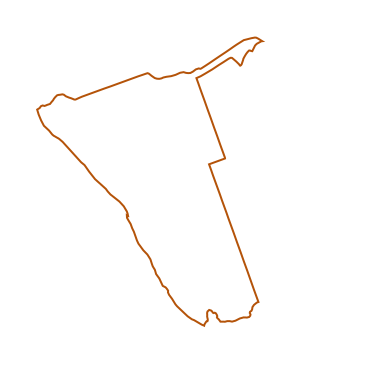 outline of Namibia, rotated 340°
{"feature_id": "NAM", "entity_name": "Namibia", "entity_type": "country or territory", "adm_level": 0, "iso_a3": "NAM", "parent_name": "Africa", "parent_adm1": "", "projection": "equal_earth", "projection_center": [18.141, -22.953], "detail": "fine", "context": "isolated", "style": "outline", "palette": "amber", "viewbox_px": 384, "rotation_deg": 340, "n_neighbors": 0, "source": "natural_earth", "source_scale": "50m", "svg_char_len": 2850}
<svg xmlns="http://www.w3.org/2000/svg" viewBox="0 0 384 384"><g transform="rotate(340 192 192)"><path d="M277.0,70.7L280.7,69.7L284.3,68.8L288.4,67.9L291.7,67.2L292.6,67.0L300.5,67.8L304.0,68.4L305.2,69.0L306.7,70.6L309.6,74.3L308.8,74.1L303.5,74.9L301.4,75.9L296.8,80.3L295.9,79.8L294.8,78.8L293.9,78.6L291.9,79.6L289.9,80.9L287.7,82.7L285.8,84.4L285.2,85.4L282.3,89.0L281.4,89.6L280.6,89.8L280.3,89.6L279.9,88.1L278.2,84.5L275.5,79.7L274.7,79.3L274.1,79.1L272.0,79.3L266.0,80.7L260.9,81.8L253.1,83.7L244.7,85.3L239.6,86.2L235.1,86.5L235.1,91.2L235.0,100.7L235.0,110.2L234.9,119.7L234.9,129.1L234.8,138.5L234.8,148.0L234.7,157.4L234.7,166.8L234.7,170.9L234.5,171.8L232.0,171.8L226.2,171.8L221.4,171.8L217.5,171.8L217.5,177.3L217.4,183.9L217.4,190.5L217.4,197.1L217.4,203.6L217.3,210.2L217.3,216.7L217.3,223.3L217.2,229.8L217.2,234.7L217.2,235.3L217.2,244.8L217.1,254.9L217.1,265.0L217.0,275.0L217.0,285.0L216.9,295.0L216.8,305.0L216.8,315.0L216.8,318.1L215.1,318.1L211.6,319.3L209.4,320.9L208.4,322.8L207.2,324.0L205.6,324.4L204.9,325.4L205.1,327.0L204.4,328.2L203.0,329.0L200.8,328.8L197.6,327.5L193.7,327.2L188.8,327.8L185.3,327.5L183.2,326.2L181.0,325.4L178.6,325.2L177.2,324.6L174.4,323.6L173.9,321.9L173.5,320.6L172.7,319.2L172.6,318.1L173.3,317.3L173.3,315.9L172.9,314.1L172.1,313.2L171.0,313.2L170.3,312.5L170.0,311.0L169.4,309.9L167.8,308.7L165.7,309.6L164.8,310.9L164.2,312.9L163.7,314.0L163.4,315.7L163.3,316.9L162.8,318.2L162.3,318.7L161.7,318.4L160.6,319.0L158.3,320.8L157.7,321.8L155.8,320.0L150.2,313.2L148.3,311.5L145.4,307.3L138.9,294.3L138.0,291.8L136.7,285.5L135.3,280.8L135.1,278.1L135.8,276.6L135.3,274.5L134.6,272.6L132.4,270.2L131.7,262.1L130.2,256.8L130.5,252.5L129.7,248.5L129.7,245.9L129.9,241.1L128.7,235.5L126.3,230.1L124.0,222.2L123.7,218.7L123.8,209.4L123.4,205.6L123.4,201.1L122.5,196.5L122.1,194.0L122.7,192.0L123.0,192.6L123.7,192.9L124.1,190.2L124.1,187.9L123.0,182.1L120.5,176.1L114.5,166.4L113.0,162.7L112.1,159.6L105.3,146.8L102.3,137.7L100.2,129.9L98.0,126.2L87.6,100.7L85.3,96.6L81.2,91.7L80.3,90.1L78.7,85.4L75.5,79.1L74.7,73.3L74.4,66.7L74.7,61.6L77.5,61.0L79.4,59.7L81.2,59.6L82.9,60.7L84.7,60.7L85.4,60.6L88.7,60.7L90.6,59.5L92.8,58.3L94.1,57.2L95.9,56.1L98.3,55.0L99.7,55.1L101.3,55.5L103.6,55.9L104.8,56.7L106.3,59.0L108.7,61.2L110.4,62.5L112.3,64.2L112.9,64.8L113.8,65.2L114.3,65.3L117.9,65.0L121.2,64.8L124.8,64.8L131.4,64.8L138.1,64.8L144.7,64.8L151.4,64.9L158.0,64.9L164.7,64.9L171.3,64.9L178.0,64.9L180.7,64.9L185.4,65.0L190.4,65.1L191.0,65.2L191.5,65.7L192.0,66.1L193.8,69.1L196.0,72.2L197.9,73.6L200.1,74.5L202.2,74.8L204.2,74.6L207.4,75.0L212.0,76.0L216.7,76.3L221.6,75.9L225.1,76.5L227.1,78.0L229.1,79.0L231.2,79.6L234.0,79.2L237.6,78.1L240.6,78.2L242.0,79.1L242.8,79.1L248.1,77.9L252.3,76.9L258.6,75.3L263.8,74.0L271.6,72.1L277.0,70.7Z" fill="none" stroke="#b45309" stroke-width="2"/></g></svg>